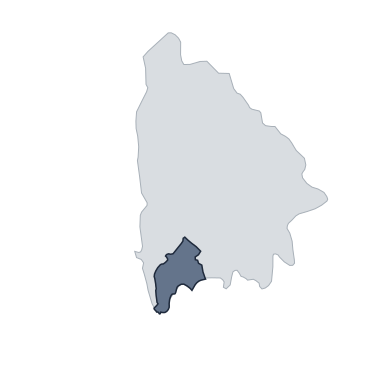 where Trebinje sits in Bosnia and Herzegovina, rotated 40°
{"feature_id": "BIH-4808", "entity_name": "Trebinje", "entity_type": "state/province", "adm_level": 1, "iso_a3": "BIH", "parent_name": "Bosnia and Herzegovina", "parent_adm1": "", "projection": "equal_earth", "projection_center": [18.312, 43.002], "detail": "fine", "context": "in_parent", "style": "filled", "palette": "slate", "viewbox_px": 384, "rotation_deg": 40, "n_neighbors": 0, "source": "natural_earth", "source_scale": "10m", "svg_char_len": 3121}
<svg xmlns="http://www.w3.org/2000/svg" viewBox="0 0 384 384"><g transform="rotate(40 192 192)"><path d="M300.6,110.3L301.2,112.2L299.8,118.7L297.1,125.7L292.7,133.0L288.1,139.9L286.9,143.6L286.6,149.4L286.0,154.0L286.7,156.5L288.2,158.8L293.4,160.7L300.3,165.3L306.3,171.3L313.9,178.1L316.3,180.6L316.3,183.4L314.1,185.4L307.6,186.2L300.9,185.6L298.3,184.9L295.8,185.7L294.4,187.3L295.2,189.1L302.1,197.4L310.3,209.3L310.8,214.5L309.8,218.5L307.9,221.3L304.6,220.9L302.0,218.7L298.1,218.8L295.1,219.4L291.2,223.8L289.3,223.6L285.9,224.2L283.8,225.1L280.4,223.8L276.9,223.0L275.4,224.3L274.7,226.9L276.9,231.5L281.0,238.7L280.4,244.2L277.3,244.8L274.4,240.2L271.9,239.5L269.0,239.6L262.3,245.0L257.4,249.4L256.3,252.6L254.6,256.0L254.1,258.5L254.2,266.7L245.4,268.0L243.5,269.3L242.4,271.8L243.2,282.4L243.9,288.1L249.0,296.9L249.1,299.7L248.4,301.5L244.8,305.0L243.1,306.3L242.0,306.7L236.1,304.4L233.3,303.3L221.5,295.5L216.3,291.2L208.1,285.5L203.1,282.3L200.5,277.4L196.5,276.3L191.7,277.9L186.3,274.3L190.2,272.5L191.1,270.8L190.6,268.5L189.0,265.4L174.5,252.2L167.4,243.1L166.3,239.8L166.2,231.2L164.6,229.1L154.0,225.2L142.1,214.0L130.0,203.0L128.3,199.9L122.1,191.6L114.5,184.1L108.4,179.3L103.5,173.8L98.0,166.2L95.2,154.7L92.8,144.4L91.1,140.5L87.6,139.1L76.9,127.0L67.7,119.9L67.9,112.4L69.6,99.7L71.5,85.4L73.8,83.4L78.0,82.4L82.8,82.8L87.0,84.5L95.1,94.3L99.8,98.1L103.8,99.6L108.5,95.5L114.3,86.8L119.3,82.3L136.0,83.9L144.3,77.3L157.5,86.0L163.0,87.3L166.1,86.1L170.3,86.7L179.6,89.2L181.8,90.3L184.6,90.1L191.5,86.7L193.8,87.1L201.7,93.8L205.7,93.9L210.4,91.0L213.5,88.5L222.6,90.4L227.8,89.3L232.1,89.1L236.8,90.3L241.0,91.8L245.2,93.2L256.4,93.9L261.8,98.1L263.9,102.3L264.0,104.8L264.5,107.5L267.6,110.1L274.4,111.6L278.6,111.3L280.9,111.1L286.6,108.7L293.4,107.5L298.3,108.9L300.6,110.3Z" fill="#d9dde1" stroke="#a8b0b8" stroke-width="1"/><path d="M242.0,306.7L241.0,306.3L238.6,306.1L237.7,305.5L237.6,305.4L237.9,301.4L237.8,299.5L236.1,299.0L234.2,297.2L231.0,294.3L227.5,290.7L227.3,290.2L226.7,289.0L224.8,287.3L223.3,285.8L219.2,282.3L217.3,281.0L217.2,280.8L216.0,278.9L215.0,275.7L214.4,272.1L214.4,271.9L214.4,271.1L214.5,268.0L215.1,266.7L215.8,266.0L216.3,265.5L216.9,263.0L217.0,261.6L217.1,259.8L216.1,258.8L214.7,258.4L214.4,258.2L214.2,258.2L212.9,258.1L212.7,257.1L212.9,255.8L213.9,254.3L215.4,253.6L216.5,252.4L217.2,251.4L217.0,243.7L216.9,238.3L216.6,235.5L215.0,233.1L215.2,232.5L215.5,231.2L219.9,231.5L224.6,231.5L230.3,231.2L236.7,231.8L237.3,235.9L236.2,239.7L238.1,241.7L240.2,240.7L242.8,242.4L246.5,241.7L251.8,246.2L254.7,247.9L256.8,249.2L258.4,250.0L255.6,253.7L254.5,255.9L254.0,258.5L254.0,260.9L255.2,267.4L252.5,267.0L248.7,267.1L245.0,267.8L243.0,269.6L241.8,273.0L241.8,274.5L242.5,276.2L244.0,279.2L244.4,280.8L243.9,281.6L243.1,282.2L242.4,283.2L242.5,284.7L243.1,286.7L244.0,288.8L246.3,292.3L247.6,293.7L248.7,295.1L249.4,297.4L249.4,299.9L248.9,301.0L248.7,301.7L247.3,303.0L246.6,303.4L245.3,304.1L245.7,304.9L245.9,305.7L245.6,306.2L245.0,306.3L244.2,305.9L243.5,305.8L242.7,306.1L242.0,306.7Z" fill="#64748b" stroke="#1e293b" stroke-width="1.5"/></g></svg>